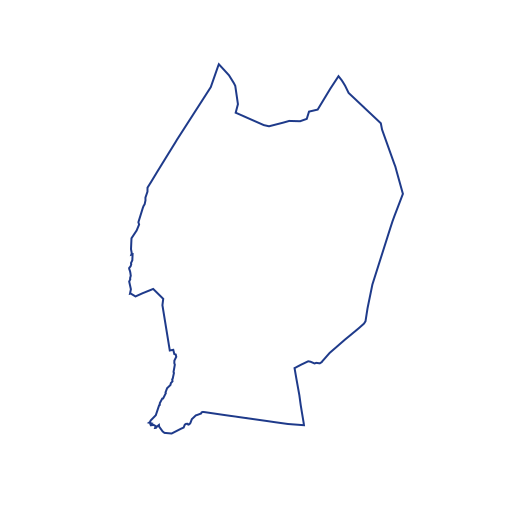 the district of Santa María del Rosario, Oaxaca, Mexico, rotated 18°
{"feature_id": "50627088B57696303957439", "entity_name": "Santa María del Rosario", "entity_type": "district", "adm_level": 2, "iso_a3": "MEX", "parent_name": "Mexico", "parent_adm1": "Oaxaca", "projection": "equal_earth", "projection_center": [-97.61, 17.342], "detail": "fine", "context": "isolated", "style": "outline", "palette": "blue", "viewbox_px": 512, "rotation_deg": 18, "n_neighbors": 0, "source": "geoboundaries", "source_scale": "gbopen_adm2", "svg_char_len": 2060}
<svg xmlns="http://www.w3.org/2000/svg" viewBox="0 0 512 512"><g transform="rotate(18 256 256)"><path d="M380.3,284.2L378.2,271.1L375.5,247.1L375.1,187.3L375.1,180.9L375.3,175.0L376.0,161.5L376.5,151.5L363.5,131.9L360.9,127.9L358.8,125.3L336.8,96.8L333.7,91.2L293.7,72.3L288.2,66.6L285.3,64.1L283.1,62.3L278.9,59.5L275.0,73.8L269.4,97.7L261.8,102.3L261.9,109.9L256.3,114.2L245.8,117.3L240.6,120.8L234.6,124.6L230.5,127.2L228.3,128.6L223.0,129.1L192.4,126.0L191.9,117.2L183.7,100.6L181.6,98.5L174.5,92.5L161.4,85.1L161.3,86.7L160.8,109.4L144.9,169.8L144.3,172.5L140.5,188.0L136.0,206.6L133.5,217.3L131.7,224.5L132.9,228.4L132.8,234.6L133.7,237.3L134.1,241.2L133.6,243.2L133.5,245.2L133.7,260.2L135.1,262.2L134.6,268.6L132.1,277.6L135.0,288.1L137.0,291.8L137.0,293.3L138.1,292.5L139.7,298.3L139.3,301.4L139.9,302.4L139.9,304.6L139.1,306.5L139.3,307.3L140.9,309.4L141.8,311.0L143.0,313.5L143.1,316.0L143.6,316.9L143.3,319.5L147.3,326.3L147.8,330.8L148.4,330.4L153.9,331.7L159.7,326.4L168.4,319.1L181.0,325.4L182.2,331.7L203.2,372.5L206.3,370.8L208.6,374.5L210.1,374.5L211.3,376.5L210.7,380.7L211.4,383.1L212.4,384.5L213.4,391.8L214.1,392.6L214.7,398.6L214.4,399.2L215.3,401.0L214.3,403.2L214.5,405.1L212.3,409.2L212.1,413.7L212.6,414.3L211.7,420.2L210.9,420.6L210.0,425.7L210.5,427.4L210.0,427.9L209.9,438.4L206.7,444.9L206.4,446.8L205.8,447.6L208.5,447.5L207.7,448.8L208.3,449.5L210.8,448.3L213.3,448.8L213.2,450.7L213.9,450.4L214.6,448.7L215.9,446.7L216.6,448.2L221.4,451.7L223.6,452.5L230.6,450.9L238.1,443.4L240.2,441.5L240.4,438.4L241.3,437.3L242.8,436.7L243.7,437.3L244.6,436.6L245.2,435.1L245.4,431.0L248.0,426.2L249.5,425.1L252.4,422.8L252.6,421.5L253.7,420.7L255.7,420.3L275.1,417.0L309.2,411.0L318.3,409.4L325.4,408.2L338.3,405.9L353.9,402.1L352.9,400.0L347.8,390.2L344.5,383.8L340.3,375.1L332.2,360.0L327.3,350.7L332.9,345.0L334.1,343.9L336.8,341.3L338.2,340.0L340.5,339.7L344.9,340.1L346.3,339.0L349.8,338.4L351.3,336.6L351.6,335.6L356.0,325.4L366.4,308.1L375.9,293.2L379.6,286.9L380.3,284.2Z" fill="none" stroke="#1e3a8a" stroke-width="2"/></g></svg>